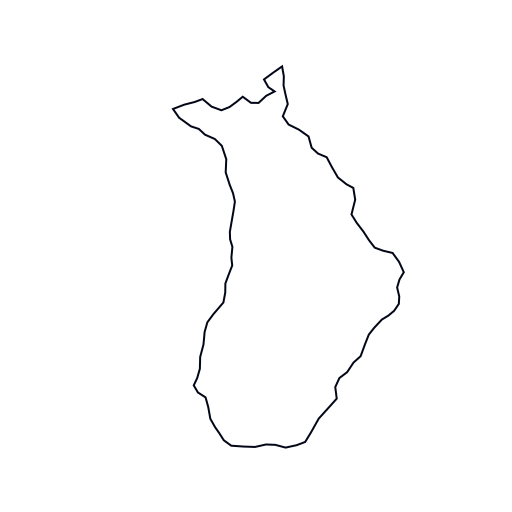 São Sebastião do Anta, Minas Gerais, Brazil (Mercator projection), rotated 221°
{"feature_id": "56859067B14262855258372", "entity_name": "São Sebastião do Anta", "entity_type": "district", "adm_level": 2, "iso_a3": "BRA", "parent_name": "Brazil", "parent_adm1": "Minas Gerais", "projection": "mercator", "projection_center": [-41.947, -19.506], "detail": "fine", "context": "isolated", "style": "outline", "palette": "ink", "viewbox_px": 512, "rotation_deg": 221, "n_neighbors": 0, "source": "geoboundaries", "source_scale": "gbopen_adm2", "svg_char_len": 1445}
<svg xmlns="http://www.w3.org/2000/svg" viewBox="0 0 512 512"><g transform="rotate(221 256 256)"><path d="M360.7,416.2L363.5,404.9L365.8,394.5L357.5,391.5L349.9,392.4L353.4,383.6L354.5,373.2L360.3,368.3L370.5,367.5L371.8,359.6L373.7,351.1L377.7,343.3L387.5,339.6L399.3,339.4L403.3,332.0L409.4,323.2L415.1,312.5L404.7,309.9L390.1,311.2L382.5,314.4L374.1,314.1L363.8,317.3L354.0,316.7L341.9,309.5L333.7,299.2L322.6,292.5L314.5,288.3L307.6,283.2L302.6,275.3L296.8,265.7L291.6,257.1L286.5,251.6L279.8,247.4L273.5,238.6L267.7,233.2L264.6,224.5L261.1,215.2L255.2,208.2L250.1,199.5L250.0,184.1L249.2,174.0L244.9,164.9L237.6,154.8L231.9,143.2L224.4,134.1L220.3,125.3L218.1,117.5L210.3,114.9L201.3,116.2L193.0,110.7L183.7,103.2L174.7,100.0L167.5,98.2L159.4,95.8L150.2,96.6L140.4,104.0L131.5,111.2L124.8,120.3L117.6,126.1L108.0,130.8L101.2,139.9L96.9,147.9L98.8,159.1L102.0,174.5L101.7,188.3L101.5,201.3L110.2,209.1L113.0,218.6L111.0,228.2L112.5,239.6L111.3,249.0L115.8,260.8L119.3,270.7L119.7,279.5L119.3,290.7L117.0,297.9L115.8,305.3L116.8,313.6L121.3,319.4L128.8,324.8L132.3,332.4L133.8,340.7L144.1,345.4L154.9,347.9L163.7,343.3L171.9,340.2L180.9,342.0L191.0,344.9L201.8,347.1L211.2,350.0L218.1,363.6L227.2,371.2L234.7,369.5L245.7,369.0L257.1,372.9L267.4,376.9L276.4,374.0L285.0,374.2L294.8,380.7L306.6,379.5L317.6,376.6L327.4,379.0L331.7,391.5L339.9,397.4L347.0,402.7L352.9,409.9L360.7,416.2Z" fill="none" stroke="#020617" stroke-width="2"/></g></svg>